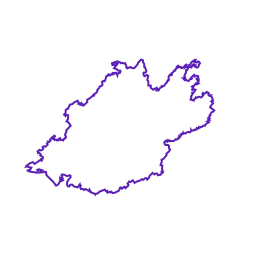 Natore, Rajshahi, Bangladesh (Equal Earth projection), rotated 38°
{"feature_id": "16705992B43065208682222", "entity_name": "Natore", "entity_type": "district", "adm_level": 2, "iso_a3": "BGD", "parent_name": "Bangladesh", "parent_adm1": "Rajshahi", "projection": "equal_earth", "projection_center": [89.103, 24.393], "detail": "fine", "context": "isolated", "style": "outline", "palette": "violet", "viewbox_px": 256, "rotation_deg": 38, "n_neighbors": 0, "source": "geoboundaries", "source_scale": "gbopen_adm2", "svg_char_len": 5740}
<svg xmlns="http://www.w3.org/2000/svg" viewBox="0 0 256 256"><g transform="rotate(38 128 128)"><path d="M138.7,33.2L137.5,37.1L138.0,41.0L137.2,41.3L138.2,42.1L138.0,42.8L136.5,44.0L135.5,43.0L135.4,44.4L134.7,43.0L134.4,43.8L134.9,45.3L134.2,45.6L134.1,47.0L133.2,48.0L132.0,47.3L130.5,49.2L130.3,48.3L129.5,47.8L128.9,48.4L129.4,49.6L128.8,50.0L129.6,51.4L129.2,52.6L129.9,53.7L129.0,54.3L129.1,56.8L128.7,57.9L129.3,58.4L128.5,59.5L129.5,59.8L128.3,61.0L128.3,62.4L129.8,64.2L129.9,64.9L130.6,64.9L130.6,65.9L130.0,66.9L130.7,68.4L130.3,69.4L130.4,72.8L128.8,74.3L129.5,74.9L128.8,76.1L128.5,77.7L129.0,79.6L127.4,80.8L126.8,79.0L125.8,78.6L125.5,80.3L124.8,80.5L124.4,82.3L121.1,82.3L119.9,80.6L117.9,82.0L115.3,78.7L113.6,78.3L111.8,74.4L110.3,74.6L109.1,77.0L107.5,76.5L106.2,74.8L107.8,73.3L107.4,71.8L103.6,69.5L103.2,69.8L101.3,67.6L99.2,66.8L98.0,65.4L96.2,66.0L95.8,70.3L96.3,71.8L96.2,76.3L95.7,77.5L93.5,78.5L92.4,78.4L90.7,81.5L89.5,81.4L89.1,80.6L85.9,78.7L85.6,79.4L83.6,80.0L82.7,81.3L81.1,81.1L80.0,81.8L80.3,85.1L78.3,84.2L77.7,84.5L77.8,83.2L76.7,84.7L77.0,86.3L76.6,85.8L75.8,86.4L76.3,86.8L75.9,87.2L77.0,88.0L78.0,86.9L79.4,86.6L80.3,87.7L80.2,89.4L83.7,88.5L85.1,88.8L86.6,87.6L87.3,88.0L87.7,89.6L86.9,90.2L86.4,91.9L87.0,92.9L84.7,91.7L83.8,92.5L83.9,93.4L83.3,94.6L82.7,93.7L82.1,93.9L81.6,97.5L81.1,97.9L80.9,97.3L79.6,97.6L79.6,99.8L79.0,100.6L80.8,104.8L80.5,105.9L79.6,106.0L79.1,107.6L81.1,109.4L81.4,110.6L80.1,112.8L80.6,113.9L80.4,117.0L81.1,117.8L81.4,119.4L80.4,122.4L80.9,122.4L81.4,123.4L80.5,124.0L79.4,128.7L78.4,130.8L79.9,132.7L79.2,137.6L78.7,137.9L78.8,137.0L77.4,137.3L76.7,138.3L76.6,137.4L75.9,137.0L75.7,137.7L74.1,138.5L74.6,139.2L74.1,139.6L72.5,137.8L71.5,137.6L69.9,140.7L69.4,143.5L67.8,145.4L68.9,149.8L68.3,150.0L67.8,152.1L69.7,154.8L69.4,156.8L71.3,157.0L71.0,156.3L72.6,154.8L73.8,155.7L75.3,158.2L75.5,160.7L77.5,160.2L81.4,161.5L80.8,167.8L81.7,168.7L82.5,172.2L84.4,173.0L85.1,174.4L84.4,175.0L84.5,177.7L83.6,177.6L82.2,179.0L80.7,177.9L80.1,179.4L80.7,180.7L79.8,181.5L78.4,181.4L77.6,182.6L76.5,182.0L75.8,182.7L75.3,182.2L75.6,179.5L75.3,179.3L74.5,179.6L74.8,180.2L73.9,182.2L73.8,185.4L74.6,185.5L74.6,186.5L74.3,187.6L73.2,188.1L73.9,188.8L73.6,190.0L75.0,190.8L74.3,193.7L72.8,194.4L72.4,195.6L74.0,196.6L74.1,197.5L73.2,199.3L71.7,199.7L71.1,202.1L72.6,203.1L72.9,202.3L74.8,202.4L75.9,202.8L75.8,203.6L79.0,203.4L79.7,204.8L78.6,206.0L78.9,206.8L81.0,206.6L78.5,207.5L76.5,213.8L74.1,213.5L72.4,216.1L71.8,219.1L71.2,219.8L71.5,221.3L72.4,220.2L73.8,220.0L76.2,218.7L76.6,221.4L74.4,223.9L76.7,222.7L77.1,223.0L83.6,219.4L83.3,216.5L82.5,216.6L83.3,215.3L86.3,214.2L85.6,215.5L85.7,217.6L90.4,213.1L92.9,215.4L102.5,216.5L106.7,217.7L107.7,216.0L107.6,213.9L107.2,211.7L105.8,209.8L108.2,210.7L108.9,209.3L104.4,209.2L108.6,208.1L107.0,208.0L106.2,206.9L104.7,206.2L104.5,205.4L106.8,204.0L109.5,203.5L111.3,201.0L112.2,201.1L113.1,202.3L112.9,205.2L113.4,208.2L115.2,210.5L116.5,210.9L117.7,210.2L117.4,208.3L118.8,207.0L121.5,207.3L124.8,205.8L124.7,202.0L125.7,202.8L126.2,202.5L127.2,204.5L128.3,205.1L130.0,203.8L131.5,204.0L132.2,202.1L136.5,201.7L135.8,200.4L138.8,201.5L141.4,200.5L143.3,200.6L143.1,199.7L144.5,197.9L144.8,195.5L147.7,190.8L149.3,191.3L150.4,190.3L151.2,191.6L151.7,191.6L152.8,189.7L153.7,189.5L154.0,188.5L155.8,188.8L157.5,187.1L159.4,183.0L158.5,179.6L159.2,179.1L160.5,179.6L161.2,176.7L161.5,176.3L163.0,177.0L163.2,176.3L163.7,173.4L163.3,172.4L161.9,172.2L161.8,169.5L163.0,169.2L164.0,166.3L167.0,167.2L168.0,164.5L169.7,162.3L170.4,159.8L171.7,159.7L172.5,156.8L173.5,156.2L174.9,156.8L175.2,154.9L174.5,152.6L175.0,148.3L177.4,148.3L177.9,146.8L179.1,146.0L180.7,146.8L182.5,144.7L182.4,142.9L182.9,141.8L182.7,141.1L181.3,141.7L181.1,139.9L179.6,138.8L178.2,136.5L176.5,137.2L175.4,133.8L174.0,132.4L175.0,130.1L175.1,125.6L174.1,124.7L174.7,121.4L174.5,119.1L172.7,118.7L171.4,116.9L170.1,116.7L168.2,118.2L166.6,118.0L165.3,116.9L165.6,115.0L166.2,114.8L166.3,113.9L167.3,114.6L167.4,113.0L168.3,113.1L168.3,112.3L169.3,112.4L172.1,110.0L172.5,107.5L173.5,107.3L173.7,105.8L174.2,105.5L173.9,104.9L174.3,104.4L173.0,104.0L174.0,103.8L173.4,103.1L174.4,103.0L174.5,102.4L174.2,100.9L173.4,100.7L174.2,99.3L174.1,98.0L175.0,98.8L175.6,97.5L176.7,97.0L176.7,95.9L178.1,93.7L179.5,93.4L179.7,91.2L179.2,90.7L180.0,90.9L180.9,89.9L180.9,89.0L182.1,88.5L182.0,87.5L183.0,86.8L182.3,85.6L183.6,85.1L183.3,83.5L184.4,83.6L184.5,82.5L185.5,81.8L185.9,79.8L187.3,78.7L186.9,78.2L187.3,75.6L188.2,73.9L187.3,73.9L187.2,73.2L186.6,73.5L187.1,72.4L186.7,72.2L187.2,71.8L186.2,71.6L186.6,70.5L185.5,70.6L186.0,70.0L184.8,68.7L185.1,67.7L184.6,67.7L184.2,64.3L185.1,62.4L185.1,61.0L180.0,61.2L179.6,58.7L179.8,56.1L177.4,55.9L178.2,54.3L177.2,54.1L177.1,53.2L174.7,51.9L173.3,52.2L173.2,51.2L171.8,52.6L170.7,52.2L170.4,50.8L168.2,51.0L167.7,51.2L167.9,52.2L166.8,54.3L165.5,54.2L165.6,55.4L167.2,56.0L166.9,58.8L164.4,59.9L163.4,62.1L162.6,62.1L162.9,63.4L162.4,64.5L163.0,65.8L159.8,67.1L159.2,64.9L158.2,64.2L157.9,61.1L157.0,60.8L157.9,59.6L157.7,56.3L155.7,57.0L155.1,59.2L154.5,56.4L152.8,56.0L153.2,55.0L154.1,54.7L153.9,51.5L155.3,51.4L156.2,49.3L154.6,49.4L154.8,47.3L154.0,46.4L153.5,47.6L151.8,47.1L152.2,44.9L151.4,44.0L149.6,44.7L148.8,46.4L147.3,45.5L146.8,49.1L147.8,49.5L147.9,50.3L146.8,51.0L146.9,53.5L145.8,54.2L143.3,54.3L143.3,55.3L141.4,55.0L142.5,54.5L142.2,53.7L142.5,53.5L141.8,52.8L140.7,53.0L139.9,50.9L139.6,48.8L138.1,46.3L138.9,46.0L138.3,42.3L139.1,41.6L140.5,41.5L140.7,39.1L140.0,39.1L140.3,37.4L142.6,36.9L142.6,38.3L143.2,38.4L144.6,38.2L145.7,37.2L145.5,35.4L144.9,34.6L144.9,32.7L143.3,32.1L142.2,32.4L141.9,34.1L139.9,35.0L139.3,32.7L138.7,33.2Z" fill="none" stroke="#5b21b6" stroke-width="2"/></g></svg>